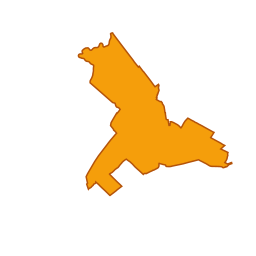 Mastacani, Galati, Romania (orthographic projection), rotated 234°
{"feature_id": "2599482B23986307623685", "entity_name": "Mastacani", "entity_type": "district", "adm_level": 2, "iso_a3": "ROU", "parent_name": "Romania", "parent_adm1": "Galati", "projection": "orthographic", "projection_center": [28.041, 45.785], "detail": "fine", "context": "isolated", "style": "filled", "palette": "amber", "viewbox_px": 256, "rotation_deg": 234, "n_neighbors": 0, "source": "geoboundaries", "source_scale": "gbopen_adm2", "svg_char_len": 5706}
<svg xmlns="http://www.w3.org/2000/svg" viewBox="0 0 256 256"><g transform="rotate(234 128 128)"><path d="M214.0,171.4L214.5,170.4L214.6,170.0L214.5,169.6L214.5,169.3L213.8,168.9L213.2,168.7L211.8,167.8L211.2,167.3L211.0,167.1L209.9,165.0L209.5,164.4L208.4,163.2L207.6,162.6L207.2,162.0L207.0,161.6L206.7,161.1L206.6,160.4L206.6,160.0L206.8,159.3L207.0,158.7L207.3,157.7L207.5,156.4L207.7,156.1L208.1,155.9L208.4,155.8L208.7,155.8L209.9,156.5L210.6,156.7L210.9,156.7L211.9,156.6L212.2,156.3L212.6,155.9L212.7,155.5L212.7,155.2L212.7,154.9L212.4,154.2L211.6,153.1L211.2,152.2L211.0,151.6L211.0,151.2L211.1,150.6L211.4,150.0L212.1,149.1L212.5,148.5L212.6,148.1L212.8,147.8L212.8,146.7L212.8,146.0L212.6,145.3L212.5,144.3L212.6,143.8L212.8,143.5L213.3,143.3L213.5,143.1L215.5,143.0L216.1,142.9L216.6,142.4L217.6,140.7L217.8,139.0L217.6,136.7L217.3,136.2L216.9,135.9L216.1,135.5L215.4,135.4L215.0,135.2L214.9,134.8L215.0,134.4L215.1,134.1L215.4,133.7L215.8,133.2L216.1,132.6L216.3,132.1L216.3,131.4L216.2,131.1L215.8,130.5L214.8,130.0L214.5,130.0L214.2,130.0L213.2,130.5L212.2,131.3L211.6,131.6L210.3,133.0L209.9,133.1L209.5,133.2L209.2,133.2L208.7,133.2L208.0,133.1L207.5,133.2L207.1,133.3L206.0,134.0L205.2,134.9L204.7,135.2L204.3,135.4L203.9,135.5L202.2,135.5L201.9,135.6L201.4,135.9L200.9,136.1L200.4,136.4L199.8,136.7L199.4,136.9L199.0,137.0L198.7,136.9L198.3,136.6L198.0,136.4L197.7,136.1L197.3,135.7L196.1,134.7L194.5,133.6L193.9,133.0L192.7,131.7L191.4,130.5L191.0,129.9L190.5,129.2L189.5,127.5L188.8,125.9L188.2,124.9L187.6,124.5L187.4,124.3L186.8,123.9L186.1,124.1L184.7,124.4L158.2,130.4L157.6,130.6L157.2,130.8L156.0,131.9L155.7,132.0L155.4,132.0L153.5,131.3L153.0,131.2L152.5,131.1L151.9,131.1L151.5,131.2L150.7,131.8L150.1,132.2L149.7,132.4L148.8,132.5L147.7,132.6L146.8,129.9L146.3,127.7L146.7,127.6L145.8,125.5L143.5,120.2L142.2,117.4L140.2,115.3L135.6,115.5L135.0,115.2L134.6,115.3L134.5,115.2L134.0,115.3L133.7,115.5L133.4,115.5L132.4,115.6L131.5,115.7L130.5,115.7L130.1,113.6L128.8,108.4L128.6,107.4L127.5,103.4L126.7,100.9L126.6,100.5L122.9,88.0L120.5,81.5L115.9,71.0L114.8,68.5L113.2,65.5L107.1,62.8L106.9,61.6L102.8,60.3L101.7,60.0L101.9,60.7L102.0,60.9L101.7,62.4L101.7,62.8L101.7,63.2L101.8,63.7L102.0,64.5L102.1,65.8L102.2,66.3L102.4,66.7L102.7,67.2L102.7,67.3L102.5,68.1L102.4,69.0L102.5,69.4L102.7,69.7L102.9,69.9L103.2,70.2L102.6,70.3L101.3,70.6L100.1,70.9L99.5,71.1L99.2,71.1L98.7,71.1L95.2,71.7L90.1,72.7L89.4,72.8L84.1,73.7L84.0,73.8L84.2,81.6L84.3,82.1L84.4,84.0L84.5,88.7L87.0,88.3L90.6,87.6L96.7,86.6L100.8,86.0L101.5,85.9L101.7,86.1L101.6,87.3L101.4,88.7L101.4,89.2L101.7,91.5L101.8,92.0L102.0,93.0L102.0,93.8L102.0,95.6L101.9,96.1L101.9,96.8L102.1,97.5L102.6,99.1L102.8,99.7L103.1,101.0L103.2,101.4L103.3,102.0L103.4,102.5L103.7,103.0L103.7,103.5L103.8,104.1L103.9,104.9L103.9,106.1L103.9,106.6L103.9,107.0L103.9,107.3L103.8,107.7L103.8,108.3L101.5,109.0L99.3,109.8L98.1,110.0L96.3,110.4L93.4,110.7L92.5,110.8L89.1,111.5L88.2,111.7L87.4,111.9L85.4,112.3L83.4,112.7L81.5,113.1L81.6,113.4L81.6,113.9L81.5,114.3L81.4,114.6L81.4,115.0L80.5,115.7L80.4,115.9L80.4,116.0L80.3,116.7L80.2,117.0L80.0,118.3L79.9,118.7L79.8,119.5L79.7,120.1L79.4,121.5L79.2,122.4L79.2,122.5L79.2,123.2L79.0,123.5L78.7,124.5L78.6,125.3L78.5,125.9L78.5,126.4L78.3,127.0L78.2,128.5L78.2,129.2L78.3,129.5L78.5,129.8L78.9,130.5L79.2,130.8L79.3,130.9L79.9,131.3L80.8,132.0L81.0,132.2L81.1,132.4L81.0,132.5L80.0,133.2L79.1,134.0L78.0,134.8L77.5,135.3L76.0,136.6L75.4,136.4L75.2,136.4L74.8,136.3L74.6,136.4L74.4,136.4L74.2,136.6L73.6,137.3L72.7,138.5L72.1,139.3L72.0,139.5L71.9,139.7L71.8,140.0L71.6,140.2L71.5,140.6L71.4,140.9L71.1,141.6L70.7,142.5L70.2,143.6L69.3,145.6L68.5,147.4L68.2,148.0L67.2,150.3L66.5,151.9L65.3,155.1L64.5,157.2L63.0,160.9L61.4,165.0L60.9,166.2L60.7,166.4L60.7,166.5L59.9,166.8L58.5,167.5L57.2,168.2L56.8,168.4L56.0,168.8L55.3,169.1L53.5,170.1L49.9,171.6L49.6,171.7L48.7,172.3L48.1,172.8L47.8,173.2L47.5,173.5L46.7,174.6L45.4,176.3L44.9,177.0L43.1,179.3L41.8,180.8L41.4,181.1L40.1,181.5L39.9,181.7L39.8,181.9L39.4,182.9L38.9,184.6L39.0,184.6L38.6,185.1L38.9,187.3L39.0,187.9L38.9,188.7L38.2,191.1L39.2,191.5L39.6,190.4L39.8,189.2L40.5,187.3L41.1,187.0L41.5,186.9L41.8,186.8L42.1,186.5L43.1,186.0L43.8,187.9L44.5,189.4L45.0,189.9L45.4,190.6L45.9,191.0L46.3,191.4L46.9,192.3L47.2,192.7L48.3,193.2L48.7,193.5L49.4,194.5L52.1,193.1L56.5,190.7L57.0,196.0L58.7,195.1L59.9,194.6L60.8,194.3L71.6,189.2L72.9,192.6L73.9,195.0L74.9,194.4L77.1,193.4L83.1,190.6L86.4,189.1L87.1,188.7L87.7,188.5L88.2,188.2L89.7,187.4L90.6,187.1L92.2,186.3L93.1,185.7L94.3,185.3L95.2,184.9L95.7,184.6L96.9,184.0L100.0,182.6L100.8,182.2L100.4,179.9L100.1,178.4L99.1,175.8L97.7,173.0L97.0,171.2L97.0,170.9L98.3,170.7L100.2,170.4L100.8,170.2L101.5,170.0L105.3,168.2L105.5,168.1L107.5,166.9L108.2,165.9L107.4,165.5L106.8,164.7L105.5,163.4L106.0,162.7L111.2,165.2L111.4,164.9L111.6,164.7L112.0,164.3L112.5,164.1L112.8,164.2L113.0,164.2L113.4,164.4L114.1,164.8L114.5,165.0L114.8,165.1L115.8,165.7L116.7,166.1L117.3,166.5L117.6,166.7L118.1,167.0L118.1,166.9L118.6,166.9L119.7,167.4L120.8,168.1L123.6,169.5L124.3,169.8L124.5,169.9L126.4,170.1L127.1,170.0L127.5,170.2L128.0,170.4L128.3,170.5L129.7,170.4L130.1,170.3L130.4,169.5L134.4,167.7L134.9,168.6L135.2,169.0L135.4,168.9L135.7,169.2L135.9,168.9L136.0,168.9L136.3,169.4L137.9,171.9L138.0,171.7L139.2,173.7L140.2,175.2L140.5,175.4L142.1,176.0L142.7,176.3L143.4,177.1L143.6,177.0L143.9,177.5L144.3,178.1L145.0,178.2L145.4,178.3L145.5,174.1L147.8,174.0L153.2,174.0L164.4,173.7L165.1,173.5L171.4,173.4L171.2,172.2L178.0,171.9L179.6,172.0L186.8,171.8L195.5,171.6L199.5,171.5L210.8,171.3L213.8,171.3L214.0,171.4Z" fill="#f59e0b" stroke="#b45309" stroke-width="1.5"/></g></svg>